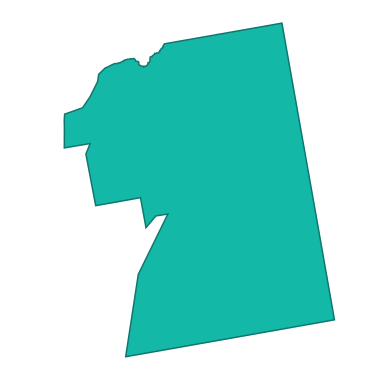 Nipa/Kutubu District, Southern Highlands, Papua New Guinea, rotated 260°
{"feature_id": "67681753B17262942847842", "entity_name": "Nipa/Kutubu District", "entity_type": "district", "adm_level": 2, "iso_a3": "PNG", "parent_name": "Papua New Guinea", "parent_adm1": "Southern Highlands", "projection": "robinson", "projection_center": [143.536, -6.456], "detail": "fine", "context": "isolated", "style": "filled", "palette": "teal", "viewbox_px": 384, "rotation_deg": 260, "n_neighbors": 0, "source": "geoboundaries", "source_scale": "gbopen_adm2", "svg_char_len": 1226}
<svg xmlns="http://www.w3.org/2000/svg" viewBox="0 0 384 384"><g transform="rotate(260 192 192)"><path d="M293.9,98.8L290.8,80.1L284.7,78.6L279.9,77.9L272.0,76.5L257.6,73.9L257.4,100.1L247.8,94.1L195.3,94.8L195.3,131.1L195.4,140.3L164.9,140.5L174.7,152.3L174.5,164.4L120.2,124.8L41.3,98.1L41.3,165.7L41.4,310.1L147.6,310.1L332.2,309.9L342.7,309.9L342.7,212.3L342.7,191.9L342.6,190.3L341.6,189.8L340.5,188.6L339.5,188.6L338.4,186.5L337.6,185.9L336.8,184.8L336.0,184.8L335.6,183.8L334.7,182.8L335.1,181.3L334.5,180.5L335.1,179.5L333.9,178.5L332.9,176.4L332.1,176.1L332.3,174.4L331.3,174.1L330.4,173.6L328.9,173.6L328.1,173.3L327.2,172.2L326.7,172.0L326.8,171.0L325.5,170.9L324.5,169.6L324.2,168.7L323.7,168.5L323.6,168.1L324.1,167.3L323.6,165.8L324.3,165.8L325.2,163.2L325.9,162.8L326.6,161.6L328.7,162.1L329.8,161.8L330.5,159.4L331.7,159.2L332.5,158.8L333.5,158.1L333.6,155.5L333.9,154.6L333.7,152.5L334.0,151.5L333.7,150.5L333.7,149.2L333.2,148.5L333.4,147.7L332.8,147.2L332.8,146.4L332.4,146.1L332.2,144.6L331.7,143.7L331.9,142.1L331.4,140.6L331.8,139.1L331.9,138.3L331.4,136.5L331.4,135.6L331.1,135.2L329.0,127.7L324.1,120.5L317.2,118.3L303.3,108.0L293.9,98.8Z" fill="#14b8a6" stroke="#0f766e" stroke-width="1.5"/></g></svg>